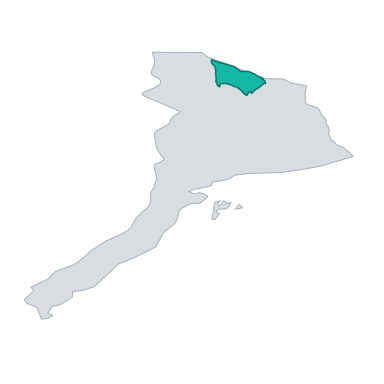 location of Forto, Gash Barka, Eritrea, rotated 95°
{"feature_id": "51966322B10188364788737", "entity_name": "Forto", "entity_type": "district", "adm_level": 2, "iso_a3": "ERI", "parent_name": "Eritrea", "parent_adm1": "Gash Barka", "projection": "equal_earth", "projection_center": [37.054, 15.822], "detail": "fine", "context": "in_parent", "style": "filled", "palette": "teal", "viewbox_px": 384, "rotation_deg": 95, "n_neighbors": 0, "source": "geoboundaries", "source_scale": "gbopen_adm2", "svg_char_len": 6738}
<svg xmlns="http://www.w3.org/2000/svg" viewBox="0 0 384 384"><g transform="rotate(95 192 192)"><path d="M56.2,243.7L54.9,227.6L54.0,216.9L53.1,205.5L52.2,194.7L56.2,188.1L58.0,181.9L62.8,161.5L64.6,157.5L68.3,146.6L68.9,143.4L72.5,129.7L72.2,120.6L71.4,111.4L73.4,105.9L75.2,101.6L75.1,97.9L75.9,89.3L76.5,87.2L78.6,87.1L83.1,88.2L86.4,87.3L90.2,87.3L93.1,87.1L94.8,84.4L97.2,74.5L98.7,72.5L99.9,71.8L103.3,70.0L106.1,67.1L108.5,65.0L109.3,64.6L111.8,64.3L114.2,63.1L115.4,61.7L118.5,60.6L121.5,61.2L123.6,60.0L125.0,59.2L126.5,59.1L127.9,58.0L128.5,56.2L129.4,55.1L131.8,52.5L132.9,50.6L133.4,48.7L133.8,47.2L134.9,44.7L139.0,38.3L142.6,34.6L155.2,66.7L160.3,85.7L164.9,105.6L168.3,135.4L171.5,150.6L176.7,158.1L180.3,172.4L183.3,172.9L185.5,176.8L189.2,190.2L192.0,195.1L193.3,190.9L193.2,188.4L192.1,184.3L193.0,179.0L195.1,175.8L199.9,180.1L202.5,183.4L203.3,190.0L204.4,193.6L209.4,201.3L213.6,203.6L219.1,204.1L223.7,205.8L227.3,208.7L234.3,216.5L250.0,223.4L262.8,244.5L270.3,259.1L295.0,281.3L299.3,291.9L301.6,302.4L306.7,301.9L315.7,313.3L318.3,321.9L325.6,325.1L326.8,320.0L330.3,324.2L331.8,330.7L327.2,333.3L322.1,335.6L321.3,335.5L319.7,338.5L317.3,346.8L314.6,349.2L313.2,349.4L305.2,341.7L304.0,341.2L302.3,342.7L301.0,344.3L297.3,338.5L294.5,333.3L290.7,327.2L287.0,324.4L283.0,320.9L279.1,312.9L275.1,304.0L269.2,296.7L258.2,286.2L248.1,273.0L240.3,259.1L235.3,251.9L233.2,250.0L223.0,245.5L215.8,239.2L210.3,234.0L206.9,232.6L203.6,232.4L196.7,233.4L190.9,230.2L188.5,230.2L184.6,229.2L181.5,228.1L178.0,229.5L170.6,231.8L167.6,231.3L166.0,228.0L165.0,225.5L162.5,222.9L160.4,222.9L159.2,225.3L151.6,231.1L138.7,234.4L135.7,234.1L133.4,231.8L126.9,221.7L125.1,220.1L123.6,220.0L120.6,218.8L117.8,216.8L115.3,212.7L112.9,210.4L110.2,218.4L105.6,232.5L103.1,240.1L99.9,249.8L98.9,250.1L97.2,249.4L90.8,237.3L86.8,232.7L83.8,233.1L81.6,235.4L80.2,239.4L78.7,241.9L77.1,242.9L73.6,242.4L68.2,240.5L62.7,240.9L57.0,243.7L56.2,243.7ZM206.6,163.2L208.3,166.2L209.5,165.9L210.4,164.9L211.1,162.8L217.7,166.9L217.3,169.7L213.4,169.8L208.9,168.7L204.7,169.1L199.7,167.9L198.5,163.2L201.7,165.5L203.4,164.9L203.6,164.3L201.4,161.1L198.2,160.5L198.4,158.0L199.8,157.0L200.7,155.8L198.9,152.4L202.4,153.2L204.7,155.2L206.2,157.7L206.6,163.2ZM203.8,141.6L205.2,147.0L201.1,145.0L200.5,143.8L202.2,141.7L202.6,140.4L203.8,141.6Z" fill="#d9dde1" stroke="#a8b0b8" stroke-width="1"/><path d="M90.5,145.3L90.4,145.3L90.2,145.3L89.9,145.4L89.7,145.1L89.4,145.0L89.2,145.0L89.2,144.9L88.9,144.7L88.7,144.7L88.1,144.5L87.9,144.3L87.9,144.2L87.6,144.3L87.4,144.4L87.2,144.2L87.1,143.8L87.0,143.6L87.0,143.4L87.1,143.1L87.1,142.9L87.0,142.7L87.1,142.4L87.3,142.1L87.5,141.6L88.0,141.5L88.3,141.6L88.5,141.4L88.4,141.1L88.3,140.9L88.2,140.8L88.0,140.6L87.9,140.5L87.7,140.5L87.6,140.3L87.4,140.3L86.9,139.8L86.1,139.1L85.7,138.8L85.6,138.7L85.4,138.5L85.1,138.3L84.9,138.2L84.6,137.8L84.2,137.5L84.1,137.3L83.8,136.9L83.3,136.1L83.2,135.8L83.0,135.5L82.9,135.3L82.8,135.2L82.6,135.0L82.3,134.7L82.0,134.5L81.3,133.8L80.7,132.9L80.4,132.4L80.1,132.1L79.9,131.9L79.6,131.7L79.4,131.5L79.3,131.4L79.2,131.3L79.0,131.1L78.9,131.0L78.8,130.9L78.4,130.6L78.0,130.3L77.7,129.9L77.4,129.5L77.3,129.3L77.3,129.2L77.4,128.7L77.6,128.4L77.4,128.3L77.1,128.3L76.7,128.3L76.4,128.3L76.2,128.4L76.2,128.6L75.9,128.6L75.7,128.7L75.3,128.8L75.2,128.8L75.0,129.3L74.9,129.4L74.7,129.5L74.4,129.8L74.4,130.0L74.2,130.4L74.1,130.5L73.9,130.7L73.7,130.8L73.1,131.0L72.9,131.2L72.9,131.3L73.0,131.4L73.0,131.5L73.4,131.8L73.4,132.1L73.1,132.2L72.9,132.3L72.6,132.5L72.2,132.6L71.9,132.9L71.8,133.2L71.7,133.5L71.6,133.9L71.7,134.0L71.6,134.3L71.5,134.6L71.4,134.8L71.1,135.4L71.1,135.6L71.0,135.9L70.9,136.4L70.9,136.9L70.9,137.0L70.7,137.3L70.4,137.8L70.3,138.0L70.1,138.2L70.0,138.3L69.8,138.7L69.7,138.8L69.6,139.0L69.3,139.4L69.2,139.6L69.1,139.9L69.1,140.0L68.7,140.8L68.3,142.2L68.0,142.9L67.9,143.2L67.7,143.6L67.6,143.8L67.6,144.2L67.6,144.5L67.6,145.0L67.5,145.3L67.4,145.4L67.2,145.5L67.0,146.2L67.0,147.0L67.0,148.0L67.0,148.4L67.0,148.6L67.1,149.0L67.4,149.8L67.4,150.0L67.4,150.6L67.4,151.0L67.4,151.3L67.3,151.8L67.3,152.1L67.4,152.4L67.6,153.4L67.6,153.7L67.6,154.0L67.6,154.3L67.4,154.7L66.4,155.7L64.4,159.6L64.1,160.1L64.0,160.5L63.8,160.7L63.7,160.8L63.5,161.1L63.4,161.2L63.2,163.3L63.1,163.7L62.9,164.8L62.2,167.1L62.2,167.7L61.8,169.7L61.7,169.9L61.7,170.0L61.5,170.6L61.4,171.0L61.3,171.5L60.7,174.2L60.9,175.3L60.9,175.6L60.9,175.9L60.7,176.0L60.6,176.4L60.3,177.4L60.3,177.5L60.3,177.8L59.9,178.9L59.8,179.4L59.7,179.7L59.5,180.1L59.5,180.3L59.0,181.7L58.8,182.5L58.7,182.8L58.7,183.0L58.5,183.6L58.4,183.7L58.4,183.8L58.5,183.8L58.7,184.0L58.8,184.0L59.0,184.1L59.3,184.1L59.5,184.1L59.8,184.1L60.0,184.0L60.5,184.0L60.8,184.0L61.1,183.9L61.3,183.9L61.6,183.6L61.8,183.4L62.7,182.9L62.9,182.8L63.1,182.6L63.3,182.3L63.7,181.5L63.9,181.3L64.1,181.1L64.2,180.9L64.3,180.8L65.4,180.0L65.9,179.7L66.8,179.5L67.3,179.4L68.0,179.3L68.2,179.2L68.5,179.2L68.8,179.1L69.6,178.8L71.1,178.9L71.8,178.9L72.2,178.8L72.7,178.7L72.8,178.6L73.1,178.5L73.9,178.3L74.3,178.2L74.9,178.1L75.0,178.1L75.4,178.1L75.8,178.1L76.1,178.0L76.3,177.9L76.7,177.8L77.1,177.8L77.8,177.8L78.8,177.8L79.9,177.8L80.1,177.8L80.6,177.4L80.8,177.2L81.0,177.0L81.2,176.8L81.3,176.8L81.5,176.7L82.1,176.5L82.7,176.3L82.9,176.3L83.0,176.2L83.3,176.2L83.5,176.0L83.8,175.8L83.9,175.6L83.9,175.4L84.0,175.0L84.0,174.8L84.2,174.6L84.5,174.4L84.7,174.1L84.7,173.9L84.7,173.7L84.6,173.4L84.3,173.4L84.0,173.3L83.9,173.4L83.7,173.3L83.4,173.3L83.0,173.3L82.8,173.3L82.7,173.3L82.3,173.3L82.2,173.3L81.7,173.2L81.4,172.7L81.2,172.3L81.2,172.0L81.2,171.6L81.4,171.0L81.4,170.8L81.4,170.6L81.2,170.1L81.2,169.9L81.1,169.7L81.0,169.3L81.0,169.0L81.0,168.7L81.0,168.2L81.0,167.8L80.9,167.6L80.9,167.4L80.9,166.9L80.9,166.7L80.9,166.4L81.0,166.1L81.0,165.9L81.4,165.7L81.5,165.5L81.6,165.3L81.7,165.1L81.7,164.9L81.7,164.7L81.7,164.3L81.7,164.1L81.7,163.6L81.7,163.3L81.7,163.2L81.8,162.9L81.9,162.6L82.1,162.2L82.3,161.6L82.4,161.1L82.5,160.7L82.7,160.3L83.0,160.0L83.2,159.7L83.3,159.2L83.3,158.9L83.3,158.5L83.3,158.2L83.2,158.1L83.3,157.7L83.3,157.4L83.4,157.1L83.5,156.9L83.7,156.4L83.8,156.2L83.9,155.9L84.0,155.9L84.2,155.5L84.6,155.2L84.6,154.9L84.7,154.5L84.9,154.3L85.0,154.1L85.2,153.9L85.3,153.6L85.5,153.4L85.7,153.1L85.8,152.6L86.0,152.5L86.3,152.2L86.5,151.8L86.5,151.7L86.8,151.6L86.9,151.4L87.2,151.2L87.4,151.1L87.5,151.0L87.6,150.8L87.7,150.6L87.8,150.3L87.8,150.2L88.1,150.2L88.4,149.8L88.7,149.6L88.8,149.4L89.3,148.6L89.5,148.5L89.8,148.4L89.9,148.2L90.0,147.9L90.1,148.0L90.2,147.9L90.3,147.6L90.3,147.4L90.4,147.2L90.5,147.1L90.6,146.9L90.8,146.6L90.6,146.3L90.6,146.2L90.7,145.9L90.7,145.7L90.5,145.3Z" fill="#14b8a6" stroke="#0f766e" stroke-width="1.5"/></g></svg>